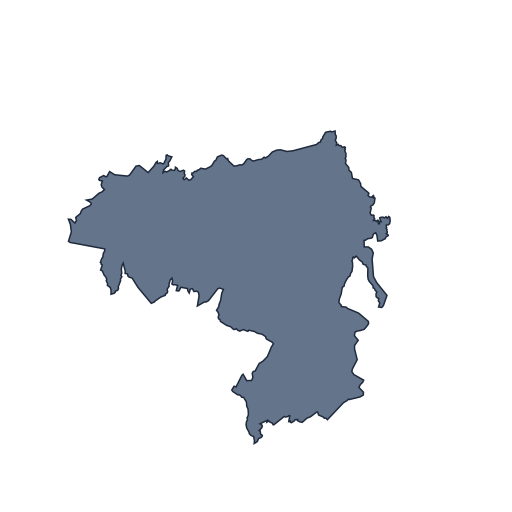 the district of Watsa, Orientale, Democratic Republic of the Congo, rotated 39°
{"feature_id": "63176286B47500153281287", "entity_name": "Watsa", "entity_type": "district", "adm_level": 2, "iso_a3": "COD", "parent_name": "Democratic Republic of the Congo", "parent_adm1": "Orientale", "projection": "robinson", "projection_center": [29.312, 2.77], "detail": "fine", "context": "isolated", "style": "filled", "palette": "slate", "viewbox_px": 512, "rotation_deg": 39, "n_neighbors": 0, "source": "geoboundaries", "source_scale": "gbopen_adm2", "svg_char_len": 6140}
<svg xmlns="http://www.w3.org/2000/svg" viewBox="0 0 512 512"><g transform="rotate(39 256 256)"><path d="M425.2,294.2L418.7,293.4L418.0,290.2L418.4,286.9L417.8,284.7L406.6,286.6L403.2,285.5L401.9,282.8L399.9,272.9L391.2,266.3L389.8,264.7L388.9,263.3L388.5,257.2L382.7,256.0L380.9,253.1L381.8,250.7L384.0,248.3L386.3,244.7L386.3,239.3L385.9,237.5L384.5,236.1L371.7,235.8L360.3,239.1L358.2,239.0L354.1,241.6L353.2,240.6L349.8,240.1L347.7,236.7L346.2,232.2L342.8,226.0L343.4,224.0L342.3,222.0L341.3,217.6L341.0,214.2L341.6,212.4L340.5,210.1L340.3,207.6L337.7,203.3L334.9,200.1L333.6,199.6L333.4,198.2L332.2,196.5L332.3,195.4L333.6,195.6L334.0,193.0L338.9,194.0L342.3,193.8L344.5,195.0L347.2,193.8L348.3,194.7L350.5,194.9L355.1,200.9L357.8,203.5L360.0,204.5L365.7,205.5L367.1,207.1L368.3,206.6L370.3,207.7L372.5,207.9L373.1,209.9L374.9,212.0L376.8,212.2L378.1,211.7L379.2,213.8L381.8,214.7L383.3,218.5L385.7,217.2L386.3,216.1L386.1,214.0L382.6,204.2L366.5,200.7L360.3,198.1L348.1,185.2L345.2,179.8L341.6,178.0L337.6,178.3L334.4,180.8L330.1,175.9L331.1,175.0L331.9,172.3L334.2,169.8L334.8,168.4L333.4,165.1L334.3,162.6L337.0,163.9L341.2,167.8L343.8,165.3L345.6,161.1L345.0,159.7L345.9,157.0L345.6,156.5L343.1,156.7L343.4,155.4L342.6,154.4L341.8,154.2L341.1,152.9L339.8,152.7L339.7,151.7L338.2,150.7L337.8,149.8L339.2,148.6L339.5,146.8L338.2,144.3L336.6,142.6L335.5,141.7L334.2,141.8L334.3,144.1L332.3,143.7L331.7,145.7L330.1,145.9L328.2,148.0L328.1,148.5L329.6,149.6L331.5,150.5L330.5,151.1L331.6,153.2L331.3,153.8L329.9,153.3L328.7,151.4L328.0,151.6L327.7,153.3L326.4,153.2L324.9,154.5L324.6,152.2L323.4,151.9L322.3,150.3L321.4,150.3L320.1,151.7L317.6,150.8L315.4,146.2L314.2,146.0L313.8,145.1L314.7,143.0L314.5,140.3L312.1,136.2L311.3,136.0L310.8,136.9L310.2,136.9L309.7,135.3L309.1,135.1L308.8,137.7L307.3,138.5L305.4,138.5L304.6,138.1L304.6,136.6L303.9,136.1L293.6,135.9L291.7,133.9L287.7,132.3L282.2,135.0L277.5,131.0L274.3,130.8L272.3,128.8L267.3,127.8L265.7,124.9L264.0,124.0L263.5,122.3L261.3,119.7L258.5,118.2L258.4,117.1L257.2,116.5L257.4,115.7L257.0,115.3L255.9,115.6L254.7,117.3L252.6,116.8L251.0,117.9L249.6,117.5L248.7,119.4L247.5,117.2L244.8,116.2L244.2,114.1L242.8,112.2L241.2,111.7L238.8,109.1L236.7,112.0L235.4,112.1L232.2,116.1L233.0,121.5L233.7,122.3L233.5,125.0L234.4,126.9L233.2,128.5L232.9,131.2L218.4,151.1L214.2,155.3L208.1,158.1L205.5,160.6L203.2,164.9L202.8,170.6L201.6,173.9L200.1,174.1L199.5,177.3L197.3,179.4L194.4,183.6L193.1,184.4L190.1,184.3L188.5,185.6L188.1,187.0L188.4,192.1L187.7,194.2L186.1,195.2L184.0,198.4L182.1,200.0L174.6,199.4L172.6,198.1L171.9,199.0L167.4,198.5L165.8,199.2L163.6,203.3L164.5,206.5L164.0,208.6L164.7,213.2L164.3,215.3L162.0,220.3L157.8,222.6L157.5,224.5L156.4,226.3L156.6,227.7L155.2,228.6L154.7,231.3L154.0,231.9L154.8,233.2L157.4,233.7L157.3,237.4L156.3,239.3L152.7,239.2L152.2,241.9L151.3,242.0L150.1,241.2L150.6,239.2L149.8,237.6L148.1,236.9L147.1,234.9L145.7,234.9L143.8,238.1L141.7,238.6L139.5,237.5L137.5,237.7L138.7,239.6L138.7,241.0L136.2,242.3L135.3,242.1L134.9,242.8L135.2,243.7L133.6,247.0L131.9,247.4L131.3,249.7L130.0,247.2L130.4,242.7L131.4,241.0L129.0,238.4L129.2,236.4L128.2,231.9L124.8,233.4L123.3,233.3L122.8,234.3L125.0,237.3L126.1,242.1L125.8,242.9L123.0,243.8L121.5,245.8L120.8,245.7L119.8,244.6L119.4,246.1L120.1,250.4L119.7,259.0L108.4,259.1L106.2,261.7L106.8,272.6L105.8,274.8L95.0,281.8L89.1,282.5L90.1,287.9L89.3,289.0L87.0,289.3L85.1,293.6L85.7,295.5L86.9,295.7L89.4,294.4L90.8,298.0L92.9,299.4L96.4,299.8L95.9,303.3L94.5,305.9L92.9,314.8L89.1,319.2L92.9,318.5L94.9,318.8L95.4,319.9L95.1,321.7L91.7,328.7L91.9,331.2L92.8,333.5L91.6,339.5L94.2,341.5L94.5,344.3L89.1,344.0L87.0,345.4L91.9,348.3L97.3,353.4L101.0,362.6L102.9,362.5L133.9,345.7L135.2,347.2L135.7,350.1L137.7,353.4L137.7,355.0L139.1,359.0L140.0,358.9L141.0,359.9L142.0,359.7L142.5,360.3L144.0,364.7L145.9,364.3L150.4,366.6L152.2,366.7L154.8,368.1L155.1,369.4L158.2,371.0L159.0,372.4L162.6,372.2L164.9,373.8L167.4,377.0L169.2,374.3L169.5,373.0L168.8,372.0L170.1,369.7L169.6,367.7L168.3,366.6L166.3,360.4L165.2,359.3L164.8,356.5L163.1,356.0L162.5,353.8L159.8,351.2L158.0,348.1L157.3,345.2L163.9,350.0L165.2,351.9L167.5,350.8L169.1,352.2L170.5,352.3L173.6,351.1L184.1,354.7L204.4,358.7L206.0,355.6L205.9,354.5L207.9,347.7L210.2,343.7L209.6,342.8L210.2,340.9L209.8,339.3L207.8,337.7L207.6,334.3L206.1,332.7L204.4,328.6L204.6,326.1L206.9,327.9L208.3,330.7L209.9,330.5L211.0,329.3L213.6,328.2L215.8,333.1L217.8,332.0L218.1,331.2L217.3,327.6L223.2,324.4L225.0,326.0L227.4,326.8L225.8,323.1L227.1,321.4L230.1,322.7L231.8,320.8L233.2,320.4L234.6,320.8L236.9,322.9L241.9,331.8L244.7,324.5L246.3,322.9L247.2,320.6L246.9,305.5L248.0,303.7L251.7,302.5L252.8,306.5L256.6,313.1L257.8,317.1L258.9,318.5L259.5,323.1L261.7,323.5L264.3,325.0L264.9,327.1L266.4,328.4L267.8,328.0L269.6,329.2L276.9,328.4L280.8,326.9L284.6,327.2L285.7,326.5L286.6,324.8L288.4,325.2L290.7,324.6L292.3,321.3L297.1,319.7L297.1,318.2L302.2,315.7L305.9,315.1L309.8,313.0L314.4,312.6L315.7,313.8L316.7,313.9L322.9,312.8L324.8,313.3L325.2,317.0L328.1,326.9L327.6,333.3L326.1,337.5L327.7,345.8L326.5,347.6L326.9,349.6L330.0,352.3L330.9,355.5L327.3,358.7L320.4,356.0L320.1,357.6L322.9,370.3L320.9,371.0L321.5,375.4L323.2,375.9L329.2,375.4L330.5,374.4L332.6,374.3L333.7,374.8L335.4,373.7L340.3,375.4L343.5,378.7L345.9,379.8L349.0,383.0L350.2,384.6L350.9,387.4L352.4,388.6L352.9,390.8L354.4,393.3L357.0,395.5L361.5,397.3L362.6,398.3L364.9,398.6L367.8,397.8L371.0,400.5L372.6,402.9L373.8,399.4L372.9,396.1L374.2,393.9L374.2,391.8L373.4,391.3L371.8,391.6L369.3,389.3L368.3,389.7L368.6,385.8L367.9,384.2L366.5,383.5L364.7,383.9L368.2,376.6L369.0,378.2L369.7,376.1L370.6,376.4L374.2,375.6L375.4,376.4L376.1,376.0L378.9,363.0L380.2,362.6L381.7,360.8L382.0,359.3L382.8,358.9L385.6,364.0L386.4,362.7L387.2,363.6L388.5,363.2L389.6,359.8L389.4,358.5L391.3,356.9L391.7,357.8L394.2,357.4L396.6,356.2L397.7,349.8L399.5,346.7L401.4,339.1L402.1,338.5L404.8,340.2L409.5,338.8L411.0,339.1L412.5,338.0L414.5,338.3L416.3,315.0L417.8,310.9L417.9,309.1L418.8,308.9L425.6,300.0L426.9,296.5L425.2,294.2Z" fill="#64748b" stroke="#1e293b" stroke-width="1.5"/></g></svg>